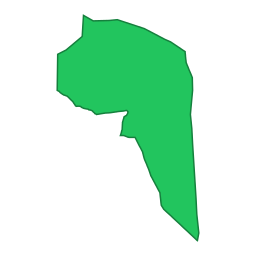 Altai, Govi-Altay, Mongolia
{"feature_id": "93677404B43539602383293", "entity_name": "Altai", "entity_type": "district", "adm_level": 2, "iso_a3": "MNG", "parent_name": "Mongolia", "parent_adm1": "Govi-Altay", "projection": "natural_earth1", "projection_center": [95.421, 44.108], "detail": "fine", "context": "isolated", "style": "filled", "palette": "green", "viewbox_px": 256, "rotation_deg": 0, "n_neighbors": 0, "source": "geoboundaries", "source_scale": "gbopen_adm2", "svg_char_len": 2804}
<svg xmlns="http://www.w3.org/2000/svg" viewBox="0 0 256 256"><path d="M93.2,20.9L83.5,15.4L82.2,36.5L66.1,50.0L57.7,54.3L57.2,90.4L58.4,91.0L59.2,91.4L59.7,92.0L59.9,92.2L60.2,92.6L61.2,93.3L62.2,94.0L62.3,94.1L64.0,95.1L64.3,95.1L65.2,95.4L65.4,95.5L67.0,96.1L67.4,96.3L69.1,98.0L69.3,98.1L69.7,98.6L71.2,100.1L71.6,100.5L71.9,100.8L72.5,101.2L73.2,102.2L73.6,102.9L73.8,103.2L73.9,103.3L75.5,105.7L75.5,105.8L76.3,106.3L77.7,106.2L78.9,106.2L79.4,106.2L80.7,106.5L80.8,106.5L81.2,107.0L81.5,107.3L82.4,107.7L82.6,107.8L83.6,108.3L84.5,108.5L84.9,108.6L86.9,109.0L88.0,109.1L88.5,109.5L89.1,110.0L89.5,109.9L90.0,109.9L91.8,110.6L92.0,110.7L92.5,110.9L92.9,111.6L93.7,112.3L94.4,112.9L94.6,113.2L94.8,113.5L95.0,113.7L95.3,113.7L95.6,113.8L95.9,114.0L96.5,114.5L98.0,114.2L98.4,114.2L100.5,113.8L103.0,113.4L104.9,113.1L105.7,113.0L108.1,112.9L110.5,112.7L115.1,112.0L116.8,111.8L116.9,111.7L117.7,111.6L119.4,111.4L119.6,111.4L123.6,111.0L126.3,110.4L126.8,110.5L128.0,111.8L127.9,112.2L127.8,112.9L127.7,113.2L127.6,113.5L126.6,115.2L126.5,115.4L125.2,116.1L124.8,116.4L124.1,116.8L124.0,117.2L123.6,118.7L123.4,119.3L123.1,120.4L122.6,122.1L122.5,122.4L122.5,123.1L122.4,124.5L122.3,126.8L122.2,128.2L122.2,128.6L122.2,129.6L121.9,130.2L121.8,130.7L121.7,130.8L121.6,131.2L121.5,131.7L121.5,132.2L121.3,132.6L121.0,133.7L120.4,135.5L122.8,135.5L124.0,135.6L127.4,136.9L127.7,137.1L128.5,137.2L129.0,137.4L129.4,137.4L130.0,137.4L130.9,137.4L135.1,137.4L137.0,141.2L137.7,142.6L137.8,142.7L138.0,143.2L138.8,144.8L139.7,146.5L140.9,148.6L141.4,149.7L141.5,149.8L141.7,150.3L142.0,150.8L142.1,151.0L142.5,151.7L142.6,152.2L143.2,154.5L143.6,156.2L144.3,158.7L144.7,159.8L145.7,162.1L145.8,162.3L146.1,163.0L146.7,164.4L147.3,166.1L148.0,167.6L149.0,170.2L150.1,173.4L150.1,173.5L150.2,173.8L150.5,174.6L150.8,175.7L150.9,175.8L151.3,176.6L152.4,178.5L152.6,179.0L152.8,179.4L153.3,180.2L153.5,180.7L153.6,180.8L153.9,181.4L154.1,181.8L154.8,183.0L155.3,184.1L156.7,186.6L156.9,187.0L157.5,188.2L158.5,190.1L159.9,192.6L160.3,196.5L160.5,198.1L160.9,202.0L161.0,203.1L161.3,205.3L163.1,208.2L163.7,209.2L166.8,212.1L169.7,214.7L170.5,215.4L173.3,218.1L175.9,220.5L178.4,222.8L179.9,224.2L182.5,226.7L184.4,228.5L187.6,231.4L189.8,233.5L191.4,235.0L193.0,236.5L194.6,238.0L197.2,240.5L197.4,240.6L198.8,233.0L196.8,214.3L196.0,198.2L192.6,144.1L191.8,128.6L190.4,114.5L191.1,106.3L192.6,90.3L192.3,77.6L190.6,73.4L189.9,71.8L189.2,70.2L188.6,68.7L188.0,67.1L187.4,65.7L186.8,64.3L186.4,63.1L186.1,62.6L186.1,62.0L186.0,61.1L185.9,59.9L185.8,59.7L185.6,57.4L185.5,56.7L185.4,54.9L185.3,54.1L185.1,52.4L185.1,51.6L184.5,51.2L182.9,50.2L181.3,49.1L179.8,48.0L178.8,47.4L170.6,41.9L164.7,39.3L152.0,32.6L144.3,28.6L117.3,19.7L109.1,20.5L93.2,20.9Z" fill="#22c55e" stroke="#15803d" stroke-width="1.5"/></svg>